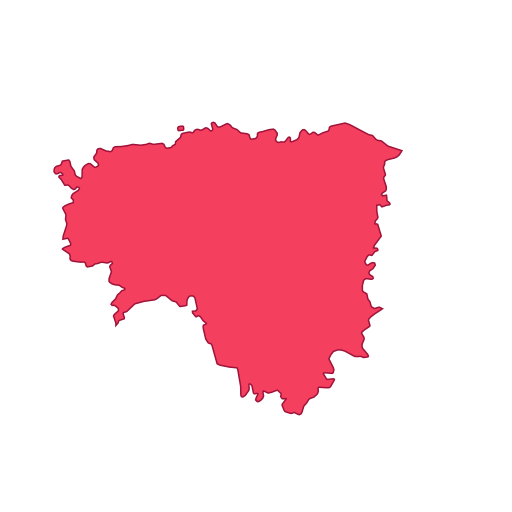 the border of Samara, rotated 247°
{"feature_id": "RUS-2392", "entity_name": "Samara", "entity_type": "Region", "adm_level": 1, "iso_a3": "RUS", "parent_name": "Russia", "parent_adm1": "", "projection": "orthographic", "projection_center": [50.566, 53.218], "detail": "fine", "context": "isolated", "style": "filled", "palette": "rose", "viewbox_px": 512, "rotation_deg": 247, "n_neighbors": 0, "source": "natural_earth", "source_scale": "10m", "svg_char_len": 6122}
<svg xmlns="http://www.w3.org/2000/svg" viewBox="0 0 512 512"><g transform="rotate(247 256 256)"><path d="M337.9,80.5L338.3,80.7L338.7,83.4L338.4,89.5L339.6,90.3L345.4,90.0L346.0,89.3L346.9,84.8L349.8,86.4L357.7,93.3L359.7,94.5L364.4,95.0L367.2,96.8L369.0,97.2L375.1,96.7L376.2,97.3L376.9,100.0L377.0,104.3L376.5,108.7L379.1,109.7L381.7,108.6L383.6,110.0L384.9,112.0L385.8,117.8L386.9,119.8L388.3,119.7L389.5,118.3L389.5,117.7L388.4,116.3L388.3,114.3L390.4,112.6L393.6,111.5L394.7,110.7L395.2,110.0L395.3,108.7L395.9,107.6L402.4,106.6L405.8,105.4L406.8,106.4L405.9,109.6L407.0,110.1L409.1,109.0L409.4,108.2L409.4,104.7L410.1,103.6L412.5,103.0L414.8,104.2L415.9,105.4L416.3,106.5L416.5,107.6L416.0,110.9L416.4,112.4L419.0,114.9L417.6,121.1L415.9,121.6L410.8,120.7L405.2,122.0L401.1,121.3L399.5,122.0L395.8,124.9L395.9,125.6L396.8,126.8L403.7,129.9L405.4,132.2L406.2,134.4L406.6,137.9L405.7,139.6L401.0,141.9L400.3,142.8L400.5,145.3L401.1,146.5L403.1,146.9L407.8,144.7L409.9,145.1L410.8,145.8L412.9,149.4L415.7,151.0L416.3,152.3L416.3,153.3L415.7,154.9L411.2,159.1L408.9,162.9L409.1,164.6L411.4,167.1L411.6,169.2L409.4,174.7L407.7,181.3L406.9,186.1L403.0,193.2L401.5,199.0L401.6,200.6L401.2,202.3L398.8,205.2L396.4,213.6L394.9,214.8L391.3,215.0L390.6,215.4L390.0,216.2L389.2,219.4L389.1,221.0L390.1,222.1L390.3,225.3L392.7,226.8L394.7,232.9L397.0,234.6L397.6,235.9L396.4,242.2L395.8,243.8L394.3,245.4L394.3,246.7L395.6,248.5L395.8,250.4L395.3,252.0L393.2,254.5L393.2,256.2L393.7,258.8L393.5,260.2L392.2,261.6L388.8,263.1L388.6,264.5L389.3,265.6L390.0,265.8L395.1,266.5L395.8,267.4L395.8,268.8L394.6,270.1L389.9,271.1L389.1,272.2L388.8,274.1L389.2,280.3L389.1,281.3L388.5,282.0L386.4,283.5L383.4,284.3L379.8,287.9L375.3,290.0L372.1,295.4L371.1,296.4L370.2,297.0L366.3,296.5L365.3,297.4L364.4,300.9L364.6,302.6L365.8,304.1L368.3,305.3L368.6,306.1L368.6,307.7L368.0,310.4L367.2,317.3L366.0,321.6L364.4,322.7L360.8,323.5L359.2,322.9L356.3,319.9L354.6,319.3L352.3,320.2L351.6,321.5L351.3,323.7L349.8,326.3L350.4,328.3L352.5,331.9L352.5,333.1L351.3,333.8L347.9,332.4L347.1,333.8L347.1,338.8L347.6,340.6L348.7,342.1L352.2,344.6L353.1,346.1L354.0,348.3L353.4,349.8L352.3,350.6L347.3,352.3L346.9,353.6L347.6,356.7L347.3,357.6L346.6,358.4L343.1,360.2L343.0,361.5L343.3,365.6L342.8,371.3L343.6,372.5L345.8,373.9L346.2,375.8L343.6,389.9L340.3,393.6L323.7,407.1L321.4,410.3L316.2,412.1L315.1,413.0L312.9,416.4L305.6,420.4L295.9,431.5L293.1,427.4L292.2,424.7L292.1,421.8L293.2,415.0L293.2,412.9L292.5,411.3L290.1,410.2L288.9,408.8L287.2,407.7L280.4,407.0L279.8,406.6L278.7,404.6L277.3,403.7L268.8,403.0L266.4,401.9L265.3,400.8L264.5,396.8L263.6,395.6L261.9,396.1L261.0,399.9L255.6,398.2L252.9,399.6L251.4,399.7L251.0,398.8L251.7,396.0L252.0,391.1L254.8,390.1L255.5,386.9L249.4,384.5L244.1,383.4L242.9,382.3L241.8,379.9L239.7,378.1L238.8,378.3L238.3,379.8L237.5,380.4L225.4,379.1L219.5,369.1L217.5,367.3L216.0,370.2L215.5,370.6L213.9,370.6L213.5,370.1L213.6,367.1L211.4,363.2L211.4,362.5L212.9,360.7L212.7,359.7L212.0,358.1L208.8,354.3L207.9,353.8L205.2,354.1L204.2,354.7L203.9,355.8L204.5,359.0L204.2,361.1L203.1,362.5L200.9,362.2L198.6,358.5L197.9,354.9L196.3,353.2L194.4,353.4L191.5,355.4L189.9,355.3L189.5,354.9L189.3,354.3L189.5,353.0L192.1,348.7L192.0,346.6L191.4,345.5L187.3,342.4L183.0,340.6L181.4,340.6L177.9,343.2L172.6,342.2L169.3,343.0L165.1,342.4L163.5,342.8L161.3,344.7L161.0,348.4L160.5,349.8L158.0,351.8L156.4,342.9L155.1,337.8L154.0,335.4L153.1,334.5L147.3,333.7L146.7,332.6L145.6,326.7L144.7,324.0L144.1,323.3L143.4,323.0L138.8,323.6L137.1,323.0L133.9,319.7L132.1,318.5L129.5,318.0L121.7,320.4L119.8,320.3L119.4,319.6L120.5,315.4L122.8,313.1L123.7,310.2L125.0,307.6L133.7,300.7L135.9,298.1L137.6,294.8L137.9,290.1L136.0,286.5L132.9,282.9L123.4,283.5L120.9,283.3L118.7,281.7L118.1,280.8L118.2,280.3L121.6,273.7L121.8,272.3L121.3,272.0L115.0,272.9L114.4,274.0L112.6,279.5L111.9,280.0L111.3,279.7L107.0,274.1L106.2,272.4L106.5,271.1L107.6,268.6L110.6,262.7L110.5,261.9L110.0,261.4L107.3,260.6L105.4,259.0L104.7,257.8L103.5,254.1L103.7,249.7L103.3,248.4L101.0,245.3L99.1,241.3L94.4,237.4L93.1,235.8L93.0,233.9L93.6,233.0L96.7,230.4L97.2,229.3L97.1,227.7L97.6,226.3L101.4,222.0L102.8,221.6L108.4,221.7L109.2,222.1L112.8,228.0L113.3,227.6L113.9,225.0L114.7,224.2L117.1,223.8L118.8,225.1L119.7,225.3L124.2,223.3L124.5,216.7L125.1,213.6L128.8,210.3L128.3,209.4L127.7,209.1L124.2,208.3L122.5,206.7L121.6,204.8L120.9,201.9L121.4,200.3L123.6,199.4L125.9,201.2L128.0,203.9L128.5,203.9L129.2,203.1L129.6,200.9L130.6,200.1L138.4,201.6L140.4,200.7L140.8,200.1L140.7,199.5L140.2,199.1L136.2,197.7L134.9,196.6L131.8,191.5L131.4,188.7L132.2,187.6L133.9,187.7L141.8,190.9L158.8,194.9L160.5,194.8L164.2,188.0L169.5,180.3L171.9,178.1L191.0,180.6L192.9,180.3L193.8,178.8L195.0,178.0L199.2,177.3L209.6,179.1L211.8,179.8L212.9,180.6L212.8,182.9L213.5,184.0L216.9,182.1L221.8,181.1L223.2,180.0L223.8,179.1L223.3,177.7L223.7,176.8L228.5,175.4L230.0,175.9L229.2,178.1L229.1,179.4L230.5,181.4L241.3,183.4L243.2,182.9L244.1,181.9L244.8,180.2L244.9,179.0L244.2,177.3L242.1,175.1L237.8,173.1L237.8,171.8L239.0,166.8L239.4,166.1L244.6,164.6L246.1,163.3L246.5,162.5L247.7,161.2L254.9,157.5L256.8,153.2L255.4,148.1L255.3,145.4L258.0,135.3L259.2,126.7L259.2,125.4L255.4,115.4L255.7,111.8L254.6,111.1L250.8,110.8L249.7,110.1L250.1,105.0L249.9,104.3L248.2,102.8L246.8,99.9L248.9,100.8L256.4,101.4L257.5,102.6L259.3,107.9L260.6,108.6L262.4,108.5L265.4,106.7L265.9,106.4L266.7,104.3L268.2,103.7L269.6,105.5L271.5,110.2L273.5,112.3L274.5,113.8L275.2,116.2L276.5,118.9L276.2,121.8L277.1,122.5L277.6,122.5L279.5,120.5L282.5,118.7L284.4,115.2L286.3,112.8L288.7,111.2L290.1,110.8L292.6,111.9L298.0,116.8L303.4,117.2L304.5,118.5L305.2,120.9L306.8,121.1L307.7,120.3L307.5,117.2L307.7,116.3L310.6,111.6L310.8,110.3L310.9,107.8L311.6,104.5L310.7,101.7L311.8,96.5L313.1,95.8L316.3,96.2L317.7,95.4L318.8,92.3L320.0,90.1L322.9,85.3L324.1,84.0L326.0,83.6L328.6,85.0L331.0,85.0L337.9,80.5ZM402.2,233.4L404.4,233.9L405.3,235.2L404.7,238.0L404.2,239.2L403.5,239.8L401.1,239.1L400.3,238.3L401.5,233.9L402.2,233.4Z" fill="#f43f5e" stroke="#9f1239" stroke-width="1.5"/></g></svg>